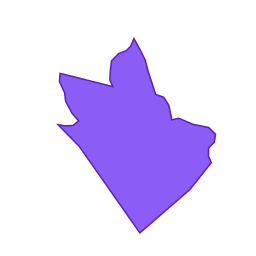 the district of Viçosa, Rio Grande do Norte, Brazil, rotated 131°
{"feature_id": "56859067B18888799469795", "entity_name": "Viçosa", "entity_type": "district", "adm_level": 2, "iso_a3": "BRA", "parent_name": "Brazil", "parent_adm1": "Rio Grande do Norte", "projection": "natural_earth1", "projection_center": [-37.965, -5.993], "detail": "fine", "context": "isolated", "style": "filled", "palette": "violet", "viewbox_px": 256, "rotation_deg": 131, "n_neighbors": 0, "source": "geoboundaries", "source_scale": "gbopen_adm2", "svg_char_len": 572}
<svg xmlns="http://www.w3.org/2000/svg" viewBox="0 0 256 256"><g transform="rotate(131 128 128)"><path d="M173.9,152.7L199.4,50.2L133.6,40.9L99.5,42.4L96.4,48.9L90.2,54.1L82.2,53.5L75.3,57.8L74.7,67.5L82.6,81.4L87.4,96.2L93.1,100.2L84.0,112.2L81.4,121.2L84.5,129.2L71.8,150.4L65.4,159.6L61.5,169.0L56.6,182.2L64.7,179.6L70.8,180.1L77.9,183.8L88.1,184.5L95.4,179.6L103.6,173.3L106.8,166.7L131.3,215.1L137.9,210.3L143.0,198.9L148.8,192.6L153.7,179.6L154.9,170.0L162.1,171.1L167.7,177.0L171.4,182.9L173.9,152.7Z" fill="#8b5cf6" stroke="#5b21b6" stroke-width="1.5"/></g></svg>